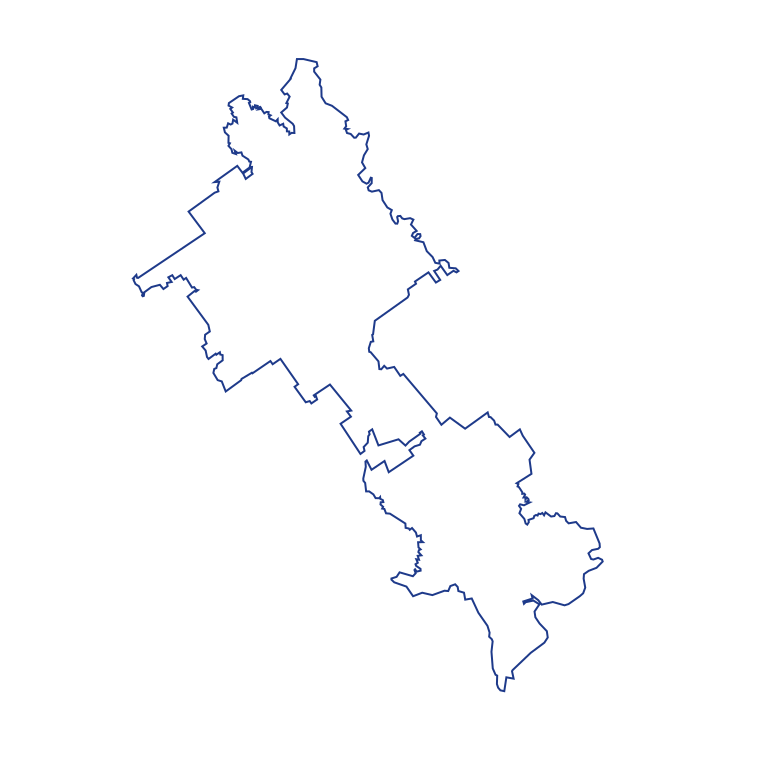 outline of Kota Medan, Sumatera Utara, Indonesia, rotated 143°
{"feature_id": "22746128B40654739963843", "entity_name": "Kota Medan", "entity_type": "district", "adm_level": 2, "iso_a3": "IDN", "parent_name": "Indonesia", "parent_adm1": "Sumatera Utara", "projection": "robinson", "projection_center": [98.666, 3.642], "detail": "fine", "context": "isolated", "style": "outline", "palette": "blue", "viewbox_px": 768, "rotation_deg": 143, "n_neighbors": 0, "source": "geoboundaries", "source_scale": "gbopen_adm2", "svg_char_len": 6134}
<svg xmlns="http://www.w3.org/2000/svg" viewBox="0 0 768 768"><g transform="rotate(143 384 384)"><path d="M452.1,118.9L451.5,115.3L452.1,113.1L459.3,105.5L468.3,91.4L469.9,84.7L469.1,83.0L474.4,76.4L475.6,72.8L475.4,69.3L472.8,66.3L462.8,76.1L457.8,70.7L454.6,77.6L453.5,78.1L428.6,81.0L411.6,80.9L405.8,83.0L402.7,88.6L403.9,99.1L403.5,106.6L400.7,111.7L392.5,114.5L395.0,121.1L402.2,124.5L404.5,124.2L403.6,126.5L394.4,123.3L393.1,126.5L390.9,118.5L390.8,112.9L380.4,108.3L373.0,98.6L369.1,97.2L355.4,96.7L350.9,97.0L345.8,100.3L341.7,108.4L338.7,111.8L332.9,111.6L324.9,109.3L316.2,110.6L315.6,112.4L317.6,116.3L322.4,117.8L323.9,119.6L322.6,125.7L317.8,126.2L312.1,123.5L309.8,123.8L307.8,126.9L303.7,142.6L309.0,146.0L313.2,150.7L313.7,158.2L320.4,161.6L320.9,165.1L319.5,168.8L323.0,172.1L323.4,176.3L324.4,177.3L327.4,176.0L330.3,177.6L332.3,184.3L335.2,182.8L335.2,185.7L337.3,185.9L338.6,187.5L340.5,186.5L341.4,187.9L343.4,188.2L345.3,186.8L350.4,188.5L351.5,186.5L354.2,185.5L354.8,187.4L353.1,191.8L353.6,199.3L349.6,201.8L349.5,205.4L347.7,206.0L345.2,202.9L338.8,201.7L341.2,204.3L338.4,204.1L337.9,205.3L338.2,207.3L340.5,206.7L339.3,208.4L340.8,209.4L337.9,210.7L337.9,212.0L339.7,213.1L338.7,214.3L338.3,220.6L339.0,221.8L336.9,223.2L337.8,224.9L320.3,223.5L313.3,236.0L305.3,238.5L304.3,259.2L302.8,266.0L315.6,266.1L317.7,283.2L319.4,284.5L318.1,288.4L318.8,293.4L320.0,294.5L318.3,298.9L346.1,299.5L351.6,317.5L362.7,316.9L362.3,326.4L359.5,328.7L362.5,380.4L366.1,380.7L365.6,391.5L372.3,394.5L372.9,398.4L377.3,397.4L378.7,398.7L374.8,405.4L375.5,417.4L376.4,418.6L374.6,421.7L369.2,425.6L366.9,424.5L363.9,430.3L362.8,430.3L353.3,440.0L313.1,438.9L310.4,440.2L308.0,445.2L298.1,444.8L297.6,447.2L281.3,446.4L281.5,433.8L276.5,433.3L275.9,444.1L272.4,443.2L267.6,444.3L267.9,432.9L260.4,432.6L258.9,429.5L256.5,429.4L257.1,433.2L261.9,437.5L259.6,441.8L260.7,446.4L265.5,449.3L267.2,446.7L270.1,449.9L268.8,456.1L269.9,464.3L267.2,473.5L272.6,480.0L271.1,480.6L268.4,479.2L265.8,480.1L264.9,481.9L267.0,483.6L271.7,482.3L272.6,485.6L269.9,487.1L265.8,486.6L266.5,495.1L261.6,497.6L263.3,500.7L268.5,503.4L269.8,505.3L269.8,508.4L271.9,509.7L273.0,509.4L274.8,505.5L276.9,504.1L278.3,505.2L278.3,510.3L276.4,516.1L273.1,518.2L275.1,523.0L274.5,531.7L271.0,538.1L271.4,541.9L277.9,544.9L279.7,547.9L278.6,550.8L273.0,551.8L269.8,555.9L270.4,556.7L275.2,554.1L277.4,554.5L279.3,558.8L278.8,566.5L269.0,567.7L268.2,574.2L262.4,578.7L255.6,581.4L253.9,586.0L246.6,591.2L245.1,594.2L250.1,595.5L253.2,599.0L258.2,597.7L259.6,598.6L260.1,603.7L262.5,606.7L261.5,609.9L259.6,609.5L261.9,611.8L259.1,612.6L256.7,617.0L253.8,616.4L253.1,619.4L258.1,637.5L261.7,643.3L261.0,651.0L255.6,658.5L255.3,661.7L251.6,665.4L251.8,675.5L249.8,678.1L245.8,677.7L244.1,681.6L252.7,691.9L258.0,695.9L264.6,689.5L275.5,684.0L273.9,684.1L289.1,680.7L289.1,675.1L286.5,674.2L286.4,670.3L292.9,667.1L292.0,665.9L295.1,663.2L302.7,662.7L302.7,656.3L300.3,646.7L300.6,644.1L304.5,638.4L306.7,640.2L309.4,640.3L307.7,642.7L309.5,644.2L307.8,646.6L309.2,650.0L307.9,652.5L311.8,653.3L311.4,656.9L309.6,659.4L312.3,658.9L315.6,665.2L314.9,666.8L312.9,666.8L314.1,668.9L312.5,670.6L314.1,672.0L316.7,672.2L316.4,677.6L318.7,678.8L316.1,679.0L316.1,679.8L319.5,680.9L317.6,682.2L319.3,684.2L320.7,682.5L321.8,684.3L323.1,682.4L324.5,682.9L322.7,689.8L321.2,689.6L320.8,690.6L321.5,693.6L325.1,696.7L322.7,699.2L326.6,701.1L338.8,701.7L340.6,699.9L338.9,696.2L341.2,696.2L341.3,691.7L342.9,691.7L343.1,687.7L341.4,685.8L344.0,681.0L345.4,685.9L348.3,683.2L350.3,683.5L351.6,686.0L355.3,683.4L357.7,685.1L359.6,680.7L358.7,675.8L363.1,670.2L362.2,669.0L364.9,667.8L364.5,663.3L366.0,659.9L363.9,656.8L362.8,660.2L361.8,656.5L358.5,654.8L359.6,651.5L357.2,645.0L357.7,642.7L356.5,641.5L360.8,638.0L358.8,636.8L362.3,633.0L362.5,630.9L371.0,631.0L369.8,636.9L359.0,636.8L360.9,637.8L369.9,637.9L369.9,646.5L397.8,647.2L393.8,644.7L398.8,641.2L400.3,637.5L404.1,638.7L436.3,639.3L436.4,612.3L516.6,616.7L517.3,617.5L516.1,620.2L521.0,619.3L520.5,618.1L521.5,617.5L522.3,613.4L520.9,609.5L522.3,603.2L521.6,601.9L523.9,600.4L523.9,599.3L522.8,598.9L520.2,601.5L511.4,601.4L503.3,598.1L503.0,592.6L497.9,592.4L496.5,595.3L492.2,593.3L492.0,599.0L487.6,598.3L488.0,593.8L480.9,593.3L481.2,587.9L478.2,587.8L479.3,576.6L477.3,575.6L477.3,572.3L476.1,570.9L478.7,570.9L479.4,572.3L488.3,572.0L488.7,537.0L491.5,530.8L497.2,531.0L500.1,527.8L501.3,523.1L506.6,523.4L506.3,518.1L509.1,512.1L509.1,509.6L500.2,509.5L500.3,508.3L496.0,508.1L497.0,506.1L495.5,504.2L498.6,500.0L505.3,500.1L508.3,497.6L510.5,498.2L513.6,495.5L514.5,487.2L512.0,483.7L514.9,473.3L495.8,473.0L494.7,473.8L482.7,472.5L482.6,471.7L460.9,470.7L461.0,466.8L451.6,466.4L452.7,435.5L457.1,435.6L457.5,416.5L453.6,415.1L453.7,412.2L446.7,411.9L445.6,415.4L447.0,415.4L446.9,417.2L427.5,416.1L426.2,382.5L430.1,384.4L430.1,377.8L442.6,378.4L444.9,342.3L439.8,342.3L438.2,345.9L432.3,346.9L428.0,351.8L425.8,352.5L424.7,355.0L420.7,354.9L425.4,338.3L405.7,331.1L403.9,321.9L398.6,322.8L384.8,322.4L384.7,323.5L382.2,323.4L382.5,319.6L383.9,319.6L383.8,315.5L388.5,315.8L391.8,313.9L397.1,315.8L403.5,315.9L403.7,309.1L433.3,310.7L429.9,322.2L445.6,323.0L443.8,333.3L445.5,333.2L448.4,328.8L457.4,321.0L458.7,319.1L458.6,316.3L462.9,309.0L460.5,307.2L458.9,302.2L459.4,297.9L456.6,295.7L455.2,296.0L456.1,294.6L454.8,291.9L455.6,290.1L457.8,291.5L459.3,289.9L458.6,286.5L460.4,285.6L458.9,284.0L460.2,279.5L457.3,276.9L450.9,259.7L453.3,256.1L451.1,253.6L451.2,252.1L448.3,252.1L447.9,246.2L449.4,242.3L445.6,241.1L448.6,237.0L448.1,234.3L452.0,237.1L454.8,232.7L454.3,229.9L456.1,230.3L457.7,229.1L457.3,224.7L460.5,226.5L461.8,222.6L463.7,224.6L464.6,220.9L467.3,221.1L467.8,219.5L466.1,214.4L467.1,212.9L470.8,214.5L470.7,217.3L471.6,217.1L472.6,213.8L476.6,213.1L484.9,224.2L490.0,222.4L495.1,224.2L495.8,223.3L495.2,219.5L488.0,208.7L488.5,197.0L479.1,194.3L472.4,186.3L460.1,182.5L457.3,180.0L452.6,182.7L447.7,181.2L447.3,177.6L449.2,173.9L445.7,169.2L448.9,162.9L443.0,159.9L446.3,144.5L446.9,128.6L449.3,121.9L452.1,118.9Z" fill="none" stroke="#1e3a8a" stroke-width="2"/></g></svg>